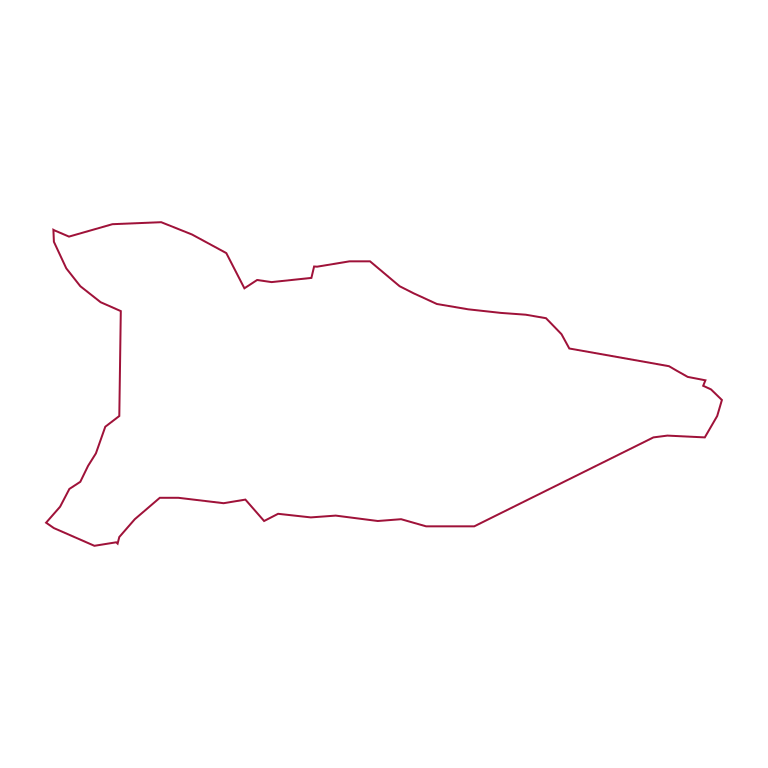 the district of Morne Lastic, Soufrière, Saint Lucia
{"feature_id": "8701671B74106328276296", "entity_name": "Morne Lastic", "entity_type": "district", "adm_level": 2, "iso_a3": "LCA", "parent_name": "Saint Lucia", "parent_adm1": "Soufrière", "projection": "robinson", "projection_center": [-61.059, 13.867], "detail": "fine", "context": "isolated", "style": "outline", "palette": "rose", "viewbox_px": 768, "rotation_deg": 0, "n_neighbors": 0, "source": "geoboundaries", "source_scale": "gbopen_adm2", "svg_char_len": 941}
<svg xmlns="http://www.w3.org/2000/svg" viewBox="0 0 768 768"><path d="M314.1,266.5L311.4,277.9L271.6,282.1L257.1,280.0L244.4,288.3L226.3,253.1L192.0,234.5L161.2,222.2L112.4,224.2L69.0,236.6L54.5,230.4L53.4,229.8L53.9,241.8L66.3,268.4L80.3,286.2L100.6,302.2L120.8,311.1L119.3,416.0L105.3,426.7L95.9,453.4L88.1,465.8L80.3,481.8L69.4,488.9L60.1,506.7L46.1,522.7L53.9,528.1L94.4,545.8L116.2,542.3L117.6,543.6L119.3,537.0L134.8,519.2L159.8,497.8L178.4,497.8L223.6,503.2L245.4,499.6L264.1,521.0L278.1,513.8L310.8,517.4L335.7,515.6L377.8,521.0L401.1,519.2L426.0,526.3L474.3,526.3L653.4,437.4L667.4,435.6L704.8,437.4L717.2,416.0L721.9,400.0L711.0,389.4L703.2,385.8L705.4,380.3L698.1,378.9L687.7,376.9L676.9,370.8L669.0,366.2L569.3,348.5L561.5,334.2L546.0,318.2L525.7,314.7L500.8,312.9L468.1,309.3L436.9,304.0L413.6,293.3L399.6,286.2L370.0,261.3L349.7,261.3L317.0,266.7L316.1,266.6L314.1,266.5Z" fill="none" stroke="#9f1239" stroke-width="2"/></svg>